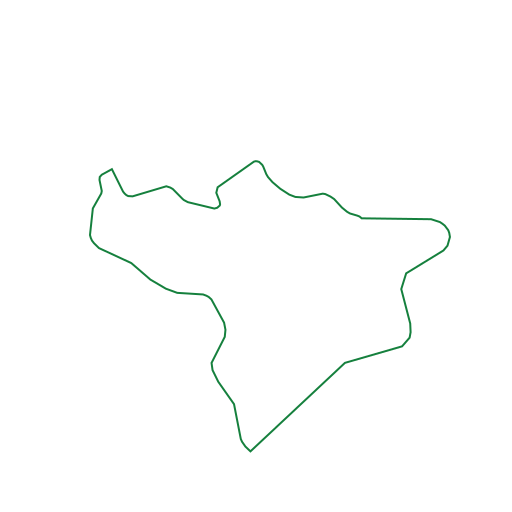 outline of Lewisham, rotated 312°
{"feature_id": "GBR-2769", "entity_name": "Lewisham", "entity_type": "London Borough", "adm_level": 1, "iso_a3": "GBR", "parent_name": "United Kingdom", "parent_adm1": "", "projection": "mercator", "projection_center": [-0.009, 51.45], "detail": "fine", "context": "isolated", "style": "outline", "palette": "green", "viewbox_px": 512, "rotation_deg": 312, "n_neighbors": 0, "source": "natural_earth", "source_scale": "10m", "svg_char_len": 1239}
<svg xmlns="http://www.w3.org/2000/svg" viewBox="0 0 512 512"><g transform="rotate(312 256 256)"><path d="M213.2,87.0L224.1,90.8L214.9,114.1L214.5,116.6L214.5,118.9L215.0,120.9L217.8,124.4L247.8,142.7L249.5,146.5L250.1,149.4L249.3,162.9L249.3,164.8L250.4,169.3L263.4,193.3L265.9,194.9L269.3,195.3L270.4,194.7L272.3,192.4L276.4,184.2L281.4,181.5L324.7,191.3L326.1,192.2L327.0,193.3L328.0,195.3L327.9,199.7L327.3,201.5L323.7,208.9L322.7,212.1L321.9,218.9L322.2,229.0L323.9,239.7L326.2,245.7L331.3,252.2L347.0,263.9L348.4,266.1L350.0,271.6L350.6,276.0L349.5,287.4L349.8,294.1L350.5,297.4L353.8,304.3L354.6,306.5L354.7,308.3L354.7,309.3L400.5,361.5L404.3,370.0L404.7,372.9L404.9,375.9L403.8,381.6L402.5,384.1L399.9,387.4L391.8,391.4L385.5,391.6L343.6,379.2L328.6,386.1L309.0,415.8L302.8,421.9L298.1,424.8L286.6,425.0L236.1,393.6L107.1,382.6L107.3,375.6L108.6,370.0L109.8,367.2L131.2,338.8L137.3,312.1L142.1,300.1L146.8,294.5L175.0,286.9L180.7,282.7L185.1,276.9L193.9,251.9L193.9,248.2L193.3,245.7L192.0,242.4L175.9,222.1L171.4,210.9L167.8,193.3L167.3,168.1L156.8,134.0L157.1,127.1L157.7,123.8L158.9,121.1L160.5,118.6L182.2,102.9L198.9,99.2L201.1,97.9L207.8,88.8L210.2,87.0L213.2,87.0Z" fill="none" stroke="#15803d" stroke-width="2"/></g></svg>